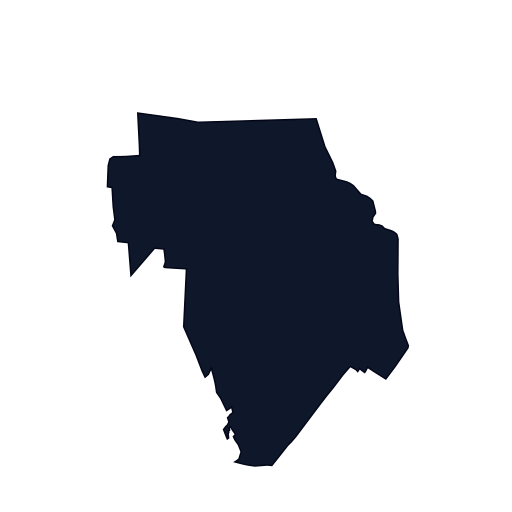 Racasdia, Caras-Severin, Romania, rotated 57°
{"feature_id": "2599482B50821892840629", "entity_name": "Racasdia", "entity_type": "district", "adm_level": 2, "iso_a3": "ROU", "parent_name": "Romania", "parent_adm1": "Caras-Severin", "projection": "albers", "projection_center": [21.603, 44.997], "detail": "fine", "context": "isolated", "style": "filled", "palette": "ink", "viewbox_px": 512, "rotation_deg": 57, "n_neighbors": 0, "source": "geoboundaries", "source_scale": "gbopen_adm2", "svg_char_len": 2035}
<svg xmlns="http://www.w3.org/2000/svg" viewBox="0 0 512 512"><g transform="rotate(57 256 256)"><path d="M429.8,214.1L424.9,200.7L424.5,199.6L415.9,178.8L414.3,177.1L406.0,175.3L398.3,173.5L372.2,161.4L348.4,146.9L319.1,127.6L314.8,126.2L313.5,126.4L312.3,126.8L311.0,127.3L309.9,127.9L308.6,128.7L303.1,133.2L299.4,134.0L296.9,135.9L295.2,138.1L293.7,139.6L289.9,139.7L288.5,138.2L287.0,136.7L285.8,133.8L285.3,132.5L284.5,132.1L283.5,131.5L273.5,128.1L269.8,129.0L266.3,130.5L261.4,134.4L250.1,136.0L246.5,137.5L243.5,139.4L235.5,146.6L235.3,146.6L235.1,146.6L234.3,146.6L233.5,146.5L232.7,146.2L231.9,145.9L231.3,145.5L228.2,142.9L219.4,140.8L201.9,138.7L173.7,130.8L112.3,231.8L98.7,246.2L71.7,277.3L99.8,293.6L108.4,298.8L105.2,304.6L102.0,310.4L98.6,316.0L95.0,321.6L95.1,325.7L99.7,330.7L117.0,342.9L120.2,339.4L136.9,348.9L148.9,354.7L152.5,359.9L161.0,360.6L168.6,364.0L175.3,355.8L179.6,358.1L204.3,371.5L194.2,336.8L200.0,329.4L204.3,331.4L210.2,334.4L211.9,335.5L214.0,338.1L214.8,339.2L215.7,338.9L216.6,337.9L228.9,321.3L276.0,355.2L306.4,360.2L314.8,362.0L323.3,363.8L329.9,364.7L329.3,360.4L325.7,354.6L328.7,355.5L331.6,356.4L334.6,357.4L337.5,358.4L340.4,359.5L343.3,360.7L346.1,362.0L349.0,363.3L356.0,363.1L369.6,364.8L369.5,358.7L374.7,360.6L375.0,364.3L375.9,366.3L376.1,367.9L380.5,369.1L382.4,372.5L382.4,373.7L383.5,376.8L383.8,377.7L391.9,379.4L393.8,379.7L393.7,378.1L389.9,376.1L389.2,375.0L388.1,374.7L387.7,373.0L385.3,371.9L385.4,370.3L388.1,370.5L391.0,370.5L392.3,370.3L394.6,370.5L395.1,373.3L398.8,373.8L401.8,373.7L404.8,373.6L412.2,375.1L415.3,378.9L416.9,380.7L417.2,383.2L417.2,385.7L417.2,385.8L420.8,382.5L423.6,379.9L426.4,377.1L429.0,374.2L431.5,371.3L437.6,360.1L440.3,356.8L435.5,342.5L432.1,332.5L431.1,327.7L429.2,321.2L416.1,285.4L411.7,273.0L408.4,262.8L405.9,255.9L402.9,247.5L399.9,237.1L405.6,234.1L408.3,233.6L406.8,230.4L410.3,229.3L411.6,228.8L412.9,228.3L412.1,226.5L411.1,224.8L410.1,223.0L416.8,220.1L429.8,214.1Z" fill="#0f172a" stroke="#020617" stroke-width="1.5"/></g></svg>